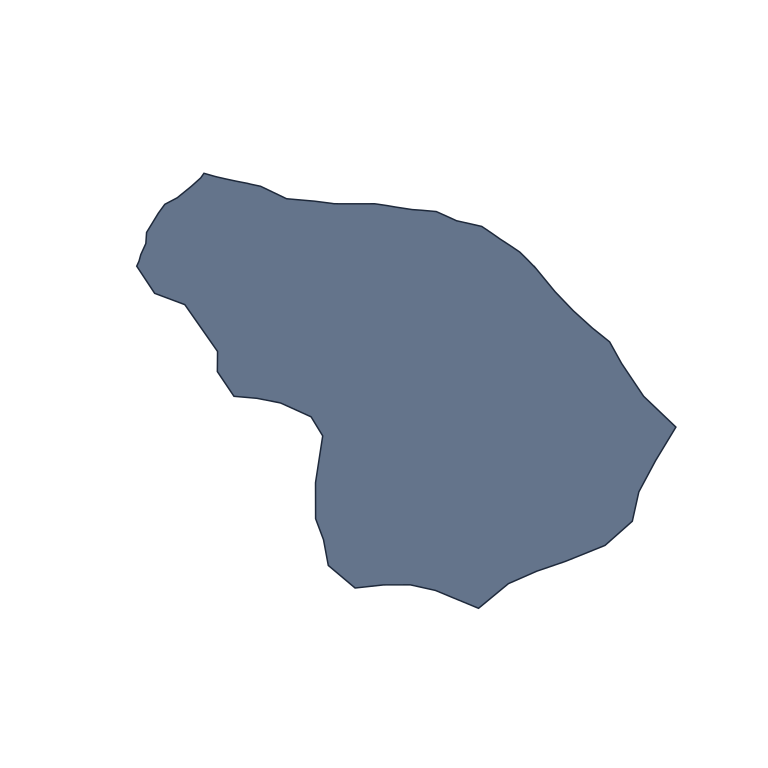 the district of Liopetri, Famagusta, Cyprus, rotated 124°
{"feature_id": "46923920B85903547273870", "entity_name": "Liopetri", "entity_type": "district", "adm_level": 2, "iso_a3": "CYP", "parent_name": "Cyprus", "parent_adm1": "Famagusta", "projection": "robinson", "projection_center": [33.886, 35.0], "detail": "fine", "context": "isolated", "style": "filled", "palette": "slate", "viewbox_px": 768, "rotation_deg": 124, "n_neighbors": 0, "source": "geoboundaries", "source_scale": "gbopen_adm2", "svg_char_len": 1131}
<svg xmlns="http://www.w3.org/2000/svg" viewBox="0 0 768 768"><g transform="rotate(124 384 384)"><path d="M517.1,180.2L479.9,169.2L453.8,152.7L429.6,134.4L394.2,110.5L358.9,101.4L330.9,112.4L295.6,116.0L256.5,117.9L249.0,161.9L234.1,198.5L222.9,220.5L221.1,242.5L217.4,268.2L211.8,293.9L202.7,324.4L202.9,324.3L200.8,334.0L198.7,345.2L198.7,357.3L198.9,368.7L198.7,379.2L198.7,391.1L207.7,414.2L208.1,415.1L208.5,417.8L211.8,437.1L218.8,449.8L223.6,458.1L230.8,473.3L234.3,481.1L238.7,490.3L239.8,492.5L258.1,519.6L259.8,522.1L262.1,525.7L262.4,526.0L263.5,528.4L271.3,543.9L277.2,554.5L284.9,568.4L289.1,596.9L292.9,606.3L294.0,609.4L296.7,615.7L298.8,620.7L302.7,630.4L303.8,633.3L305.6,637.9L306.5,640.4L310.0,651.1L315.6,651.2L327.9,654.3L345.3,659.6L357.6,666.2L368.6,666.6L391.1,665.6L400.7,660.0L412.7,658.0L419.2,655.8L424.6,654.9L437.1,624.8L429.6,593.5L450.1,540.2L466.9,529.1L478.1,501.5L466.9,481.3L457.6,459.2L452.0,426.1L461.3,405.8L504.1,385.6L533.9,365.4L546.9,347.1L565.6,328.7L569.3,293.9L550.7,271.9L535.8,249.9L526.4,226.0L522.7,207.7L517.1,180.2Z" fill="#64748b" stroke="#1e293b" stroke-width="1.5"/></g></svg>